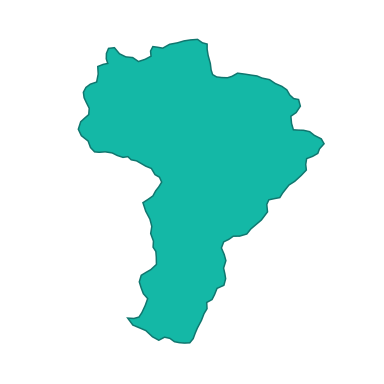 Guidoval, Minas Gerais, Brazil, rotated 9°
{"feature_id": "56859067B97454970123686", "entity_name": "Guidoval", "entity_type": "district", "adm_level": 2, "iso_a3": "BRA", "parent_name": "Brazil", "parent_adm1": "Minas Gerais", "projection": "mercator", "projection_center": [-42.788, -21.182], "detail": "fine", "context": "isolated", "style": "filled", "palette": "teal", "viewbox_px": 384, "rotation_deg": 9, "n_neighbors": 0, "source": "geoboundaries", "source_scale": "gbopen_adm2", "svg_char_len": 2075}
<svg xmlns="http://www.w3.org/2000/svg" viewBox="0 0 384 384"><g transform="rotate(9 192 192)"><path d="M246.0,228.1L252.7,224.9L255.9,219.3L260.0,214.5L264.9,208.8L269.7,199.8L267.8,192.6L269.1,187.7L274.3,185.7L279.6,183.8L281.6,179.0L284.1,174.5L286.7,169.9L291.8,165.4L297.3,158.5L301.5,152.4L300.0,147.0L300.0,141.1L305.6,137.9L310.2,134.2L311.2,129.4L314.9,123.7L311.4,119.3L303.9,116.9L298.8,114.0L292.5,113.6L287.8,114.2L282.4,114.7L279.6,108.7L277.8,101.7L282.4,97.3L285.6,90.3L282.8,84.0L277.8,83.8L273.4,80.9L269.7,76.3L264.2,73.6L257.2,71.8L251.0,68.9L243.3,68.5L238.0,67.2L232.4,67.3L226.1,67.3L218.4,67.5L213.4,71.5L209.2,73.6L203.5,74.3L198.3,74.5L194.0,72.8L191.8,68.5L190.0,62.2L186.5,54.4L184.6,48.6L183.8,43.5L178.9,43.0L173.6,40.4L166.8,42.0L160.5,44.0L154.4,46.9L146.8,49.6L140.6,54.5L135.3,54.4L130.6,54.5L129.0,59.3L130.3,64.3L124.9,68.3L118.7,71.5L112.4,68.5L105.5,68.9L98.7,66.8L92.8,61.6L87.1,63.2L85.8,68.5L86.5,73.9L88.7,78.2L84.4,79.8L79.3,82.8L80.9,90.2L80.6,98.3L74.7,101.4L70.9,105.3L69.1,110.5L70.7,115.8L73.6,120.1L77.4,125.4L77.9,131.7L74.6,135.6L71.1,140.0L69.9,147.8L73.9,153.7L81.4,157.9L84.8,164.0L89.5,167.6L94.1,167.3L100.0,165.9L107.1,165.9L112.4,167.6L118.4,168.6L123.1,167.1L126.9,169.7L132.3,169.9L137.1,171.7L142.2,173.7L148.2,175.1L152.7,180.6L157.6,182.5L160.5,187.0L158.4,192.1L155.9,196.6L154.0,202.0L149.7,206.2L145.2,210.2L149.3,218.2L154.7,225.4L157.7,232.3L157.7,239.5L161.6,246.5L162.2,252.6L165.6,256.4L166.9,261.8L168.2,269.1L163.5,275.1L159.5,278.3L154.9,282.2L154.0,289.0L156.7,294.5L159.9,300.1L164.9,304.2L163.6,311.2L161.4,318.9L159.2,323.8L154.4,326.0L148.2,326.6L154.4,332.7L161.4,334.4L168.1,336.1L175.6,341.2L182.4,343.6L187.6,339.7L193.0,340.0L198.1,342.6L203.0,342.8L208.2,342.4L213.4,341.3L216.1,336.7L217.2,331.1L218.6,325.5L221.4,317.3L222.9,310.3L225.1,304.9L223.8,298.8L228.6,295.1L230.3,289.9L231.8,283.3L238.1,279.1L238.8,272.4L237.3,267.8L235.1,262.2L236.2,254.5L233.6,248.7L229.8,242.7L231.1,236.3L235.9,232.9L239.7,229.2L246.0,228.1Z" fill="#14b8a6" stroke="#0f766e" stroke-width="1.5"/></g></svg>